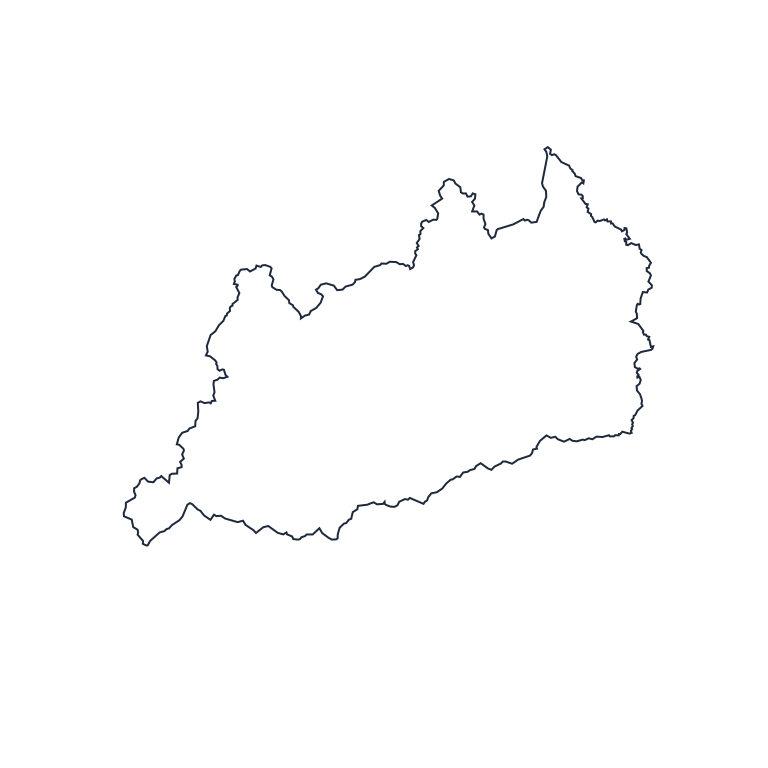 El Chaco, Napo, Ecuador, rotated 328°
{"feature_id": "8360857B77920880428732", "entity_name": "El Chaco", "entity_type": "district", "adm_level": 2, "iso_a3": "ECU", "parent_name": "Ecuador", "parent_adm1": "Napo", "projection": "mercator", "projection_center": [-77.649, -0.244], "detail": "fine", "context": "isolated", "style": "outline", "palette": "slate", "viewbox_px": 768, "rotation_deg": 328, "n_neighbors": 0, "source": "geoboundaries", "source_scale": "gbopen_adm2", "svg_char_len": 6154}
<svg xmlns="http://www.w3.org/2000/svg" viewBox="0 0 768 768"><g transform="rotate(328 384 384)"><path d="M112.5,348.3L102.2,347.9L99.7,351.8L94.9,355.5L93.4,358.4L98.2,365.3L95.5,372.5L97.8,376.9L97.0,379.3L95.2,381.2L96.5,389.4L94.8,391.7L96.8,394.9L98.0,395.6L102.7,393.1L115.1,391.0L119.9,392.4L122.6,391.8L125.3,392.5L129.3,391.3L138.4,391.1L142.9,389.6L153.3,382.2L156.3,382.2L157.7,384.3L159.5,391.8L161.1,394.2L161.7,400.0L164.8,407.2L170.6,404.7L171.7,407.1L176.0,409.4L177.9,413.8L186.7,423.6L192.0,425.2L191.9,430.1L195.8,438.7L196.5,442.5L205.7,441.5L210.6,443.1L215.0,453.9L218.9,458.2L222.6,458.2L222.1,460.1L225.3,464.6L224.9,467.4L228.6,470.4L230.4,471.0L232.8,470.2L236.4,471.1L238.7,470.6L243.8,473.8L252.8,472.1L252.6,477.7L255.5,485.1L257.4,488.4L261.1,490.4L262.9,490.3L265.1,487.0L270.2,482.4L276.0,481.2L278.3,481.9L282.2,480.5L284.8,480.9L289.6,476.1L295.1,476.1L297.3,473.5L305.8,477.5L312.5,478.8L314.3,482.3L319.7,485.2L322.0,484.3L321.1,486.1L321.6,487.5L324.4,491.3L327.7,493.7L331.1,494.0L334.5,491.9L340.8,492.7L343.0,494.8L345.5,494.3L354.0,506.6L356.3,505.5L358.8,505.6L361.6,503.4L366.1,501.8L371.6,503.8L378.1,503.5L384.2,501.3L390.0,500.5L391.7,501.3L396.5,500.9L399.2,503.0L404.2,501.0L408.5,502.8L411.3,502.6L415.7,504.0L418.6,502.4L424.0,502.4L427.4,510.7L429.6,513.7L434.0,512.6L441.1,513.4L443.6,512.7L446.1,514.2L450.4,519.5L457.8,519.2L469.8,522.1L472.9,521.1L475.6,518.5L479.5,519.9L479.9,518.2L486.1,514.9L494.5,513.7L497.0,518.1L501.3,519.5L502.1,522.9L506.1,528.3L512.4,529.0L513.7,532.0L517.0,534.7L523.1,536.5L524.5,538.0L528.8,538.5L531.5,541.3L536.3,541.2L541.1,544.7L547.7,546.7L547.7,548.0L551.4,550.3L553.0,549.9L555.8,551.9L556.7,550.9L558.0,551.6L560.8,550.7L565.8,556.1L568.1,556.7L568.5,554.6L570.4,553.8L570.5,552.5L572.7,551.6L573.0,549.8L574.6,548.8L574.9,545.8L577.6,545.2L578.9,543.3L580.5,543.5L584.9,540.9L591.6,539.6L591.8,537.2L593.9,535.0L594.7,532.6L595.7,528.3L595.1,523.7L597.0,519.7L600.9,519.2L603.9,516.6L604.4,513.3L602.3,512.9L602.9,511.7L604.7,511.2L604.3,508.4L605.8,507.1L609.2,507.0L609.0,506.1L607.5,505.9L605.7,502.6L607.5,498.9L611.6,497.4L612.3,494.5L614.9,492.9L619.1,493.1L628.6,496.6L630.5,496.3L632.3,494.7L630.0,494.0L632.4,487.4L631.5,486.2L633.9,484.6L632.2,482.6L632.3,480.9L630.6,479.9L631.0,477.1L632.1,476.5L631.4,467.8L626.5,461.9L633.5,462.3L635.6,458.5L635.9,456.1L640.3,451.0L641.8,450.5L642.3,451.7L643.7,452.0L646.9,447.5L652.2,443.2L655.6,445.8L658.2,444.0L662.0,444.2L663.5,442.2L662.5,437.3L667.9,433.4L668.2,431.1L666.7,427.4L668.2,424.9L670.3,425.8L671.4,424.3L674.6,422.7L674.1,415.6L672.2,413.1L671.3,410.0L671.5,408.5L673.4,406.9L672.5,404.7L674.2,400.8L671.1,399.5L668.3,395.5L664.3,395.5L663.2,394.3L664.7,391.9L663.9,390.7L664.7,388.3L665.8,388.5L665.5,390.0L669.4,391.1L668.9,385.2L670.5,384.4L672.0,380.4L670.7,379.2L669.4,380.8L666.7,380.6L666.9,378.7L663.2,372.7L663.0,369.0L661.6,368.2L662.6,366.4L659.6,364.5L660.3,362.5L658.2,362.4L657.7,361.0L653.2,360.1L651.9,358.7L649.2,359.1L648.4,358.2L649.1,352.9L648.6,351.0L649.7,349.6L647.9,346.0L650.3,343.6L649.5,341.6L652.0,339.5L650.3,338.1L649.7,331.1L651.1,331.7L652.1,330.1L651.8,328.1L649.5,326.3L649.9,322.7L652.7,319.2L658.7,317.9L659.4,319.5L661.4,317.2L660.2,316.2L660.2,313.7L656.6,309.2L657.2,306.8L656.6,303.1L657.2,302.6L656.2,300.0L656.7,296.9L652.0,289.8L651.1,281.0L650.0,279.3L647.7,278.9L646.8,276.8L649.7,273.7L648.4,269.9L644.5,270.0L644.7,273.1L643.1,277.5L624.4,297.5L623.4,300.8L623.7,306.1L620.7,311.4L616.3,314.7L613.3,318.3L608.6,320.2L599.3,327.4L594.4,325.2L593.6,322.0L592.3,320.5L590.0,320.0L589.7,318.0L578.1,317.1L562.4,312.9L561.1,313.2L556.2,317.7L552.3,317.5L552.1,311.9L553.7,308.5L551.7,305.8L551.8,304.2L554.8,302.1L556.0,296.6L558.2,293.1L557.0,291.2L554.7,290.9L554.4,287.0L550.2,284.4L555.2,280.5L555.2,276.3L559.4,275.0L562.0,271.6L560.3,269.4L557.1,270.9L554.1,269.3L554.5,265.8L551.9,264.3L550.8,262.2L553.0,257.6L550.8,251.9L551.0,248.2L547.8,244.6L541.8,244.3L539.9,247.3L532.7,249.2L531.4,254.2L531.6,257.6L519.1,257.9L520.4,261.6L520.4,268.0L516.7,272.2L515.4,272.6L512.8,270.7L507.8,270.3L506.8,267.3L502.4,266.6L500.6,267.6L499.1,269.8L500.0,272.6L495.8,273.6L494.4,276.2L492.5,276.3L491.0,279.9L486.5,281.8L486.5,285.3L484.3,285.7L484.2,287.6L480.8,287.9L479.5,290.1L479.7,292.0L473.3,296.0L472.4,299.2L470.5,300.5L467.1,300.4L467.9,297.2L467.1,295.9L465.0,295.5L463.8,292.3L460.8,290.7L459.0,287.1L453.7,283.4L449.8,283.3L445.7,280.5L443.6,281.1L437.9,279.5L424.6,282.8L419.1,282.3L415.0,280.5L413.6,282.1L410.1,283.1L402.9,281.0L398.9,282.0L394.0,279.6L393.6,274.0L388.3,268.0L383.0,266.3L379.0,268.0L376.3,268.0L376.2,271.8L378.2,274.4L378.8,277.3L373.3,281.5L366.8,283.6L360.5,283.3L357.3,285.4L353.3,284.1L348.3,284.3L349.5,282.6L349.9,277.7L348.0,270.7L348.5,269.0L346.6,265.3L347.8,262.5L346.3,256.6L346.3,251.3L345.5,249.1L342.8,247.2L340.6,242.7L341.1,240.8L345.7,236.7L345.8,233.5L344.7,231.3L350.0,226.3L349.6,224.3L346.3,220.2L343.7,218.9L341.5,219.4L338.6,216.0L336.3,218.0L330.0,217.6L328.8,214.0L323.5,211.3L321.7,211.6L317.9,214.2L316.3,213.7L312.8,215.6L311.9,217.9L309.7,219.6L312.5,222.2L312.0,223.1L310.1,223.4L309.5,230.3L305.7,232.9L304.5,235.1L297.9,235.9L297.0,237.3L295.0,237.0L293.5,237.8L292.1,240.5L288.1,241.1L287.0,242.6L285.4,242.3L281.3,245.3L275.1,246.7L269.0,249.9L262.9,250.6L253.8,258.0L251.6,263.2L248.1,265.4L251.2,268.4L253.3,274.4L253.5,276.9L252.3,278.0L252.2,280.5L250.7,283.3L251.5,285.5L254.7,286.0L255.8,287.1L254.4,292.2L255.0,294.9L250.7,293.9L248.0,291.5L244.9,292.1L241.4,291.2L239.2,293.9L235.9,301.2L233.1,303.3L232.0,308.8L229.0,307.1L226.8,308.6L225.9,306.9L221.7,305.1L219.2,301.5L216.1,301.3L211.9,309.0L207.6,314.4L204.6,315.4L201.5,319.8L195.3,318.6L192.6,319.8L187.0,318.4L181.6,320.6L176.3,325.4L178.1,327.0L179.6,332.7L179.0,334.5L175.5,336.7L174.7,341.2L169.8,342.0L169.5,345.3L168.3,347.3L164.2,346.0L161.1,350.3L156.7,347.8L154.1,347.6L149.3,353.8L146.3,344.0L144.3,344.6L141.2,343.6L136.4,345.1L132.2,341.8L131.1,336.6L128.1,336.2L126.2,336.4L124.0,338.6L120.0,340.2L116.9,340.0L115.0,342.8L114.4,346.6L112.5,348.3Z" fill="none" stroke="#1e293b" stroke-width="2"/></g></svg>